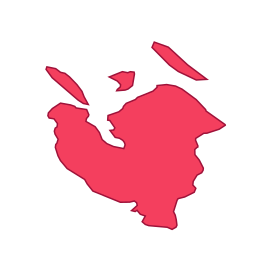 outline of San Juan, United States of America, rotated 14°
{"feature_id": "52423323B32782252789959", "entity_name": "San Juan", "entity_type": "district", "adm_level": 2, "iso_a3": "USA", "parent_name": "United States of America", "parent_adm1": "", "projection": "robinson", "projection_center": [-122.989, 48.606], "detail": "fine", "context": "isolated", "style": "filled", "palette": "rose", "viewbox_px": 256, "rotation_deg": 14, "n_neighbors": 0, "source": "geoboundaries", "source_scale": "gbopen_adm2", "svg_char_len": 1812}
<svg xmlns="http://www.w3.org/2000/svg" viewBox="0 0 256 256"><g transform="rotate(14 128 128)"><path d="M47.1,132.6L47.3,135.5L49.1,137.4L54.0,137.0L58.5,140.8L58.9,144.0L57.4,145.8L57.3,148.9L58.7,151.6L62.9,155.8L62.7,159.8L61.9,161.5L62.2,164.4L66.8,171.9L70.4,176.0L78.8,182.1L98.4,188.4L102.0,192.2L109.2,197.7L138.5,201.9L147.6,199.5L151.8,197.3L154.4,198.4L155.7,200.9L151.4,207.3L155.2,207.3L156.7,205.7L160.8,208.7L166.1,209.2L164.4,215.5L168.1,217.4L171.8,217.7L190.1,214.8L195.3,215.7L198.6,212.6L199.0,210.5L197.0,205.3L194.9,201.1L192.4,198.2L193.1,186.3L193.7,184.4L199.7,181.2L207.8,174.3L208.4,170.1L204.7,167.6L204.2,164.0L206.4,157.0L210.3,153.6L211.1,150.8L210.8,148.7L204.9,141.9L199.4,137.7L198.0,132.7L199.7,130.0L200.3,129.7L200.2,128.5L196.5,123.5L196.2,121.7L202.8,114.8L205.9,113.9L216.8,107.1L221.7,101.8L221.4,101.2L199.7,92.7L198.8,91.3L187.2,83.9L171.0,77.2L164.0,75.8L155.0,76.5L145.9,79.8L146.3,81.6L143.3,86.2L129.8,96.0L128.3,98.6L120.3,104.5L118.4,108.1L118.2,110.4L115.2,114.5L105.6,120.7L106.4,125.3L108.5,125.1L115.2,131.0L114.6,133.4L111.1,134.7L117.8,140.2L122.2,140.0L125.9,141.2L128.0,142.9L129.3,145.1L128.9,149.0L118.4,149.5L111.3,148.3L105.7,145.5L101.3,139.3L95.8,134.7L85.6,131.8L85.4,128.9L86.8,126.0L86.8,124.6L83.4,120.1L72.7,121.1L71.1,119.9L66.6,119.5L56.5,120.2L49.9,127.4L47.1,132.6ZM132.7,38.3L131.8,44.0L153.0,56.9L163.1,61.0L182.6,64.9L192.8,61.7L170.5,52.3L147.6,39.8L132.7,38.3ZM34.5,88.3L34.3,90.9L42.3,97.6L72.9,113.0L78.7,115.0L83.8,114.8L77.8,108.3L74.5,103.6L68.0,98.3L58.9,92.6L53.6,90.2L49.1,90.3L43.5,87.9L34.5,88.3ZM97.4,83.0L106.2,85.0L110.3,87.7L110.6,90.0L108.3,93.2L108.0,94.6L116.0,91.9L118.6,90.2L122.1,85.7L121.2,74.0L120.4,72.3L116.6,72.8L114.4,74.4L108.9,74.7L97.4,83.0Z" fill="#f43f5e" stroke="#9f1239" stroke-width="1.5"/></g></svg>